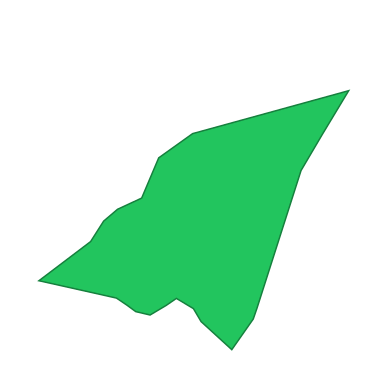 the district of Major Sales, Rio Grande do Norte, Brazil, rotated 196°
{"feature_id": "56859067B32083777691095", "entity_name": "Major Sales", "entity_type": "district", "adm_level": 2, "iso_a3": "BRA", "parent_name": "Brazil", "parent_adm1": "Rio Grande do Norte", "projection": "robinson", "projection_center": [-38.314, -6.411], "detail": "fine", "context": "isolated", "style": "filled", "palette": "green", "viewbox_px": 384, "rotation_deg": 196, "n_neighbors": 0, "source": "geoboundaries", "source_scale": "gbopen_adm2", "svg_char_len": 417}
<svg xmlns="http://www.w3.org/2000/svg" viewBox="0 0 384 384"><g transform="rotate(196 192 192)"><path d="M110.3,51.4L98.1,86.8L97.5,98.3L93.1,242.7L82.6,283.3L69.3,332.6L207.5,248.3L233.4,215.7L238.7,172.3L258.8,154.9L268.9,139.7L275.8,116.4L314.7,64.5L235.4,69.2L223.4,65.3L213.1,61.5L198.4,62.2L185.6,75.8L177.7,85.4L158.5,80.3L147.5,69.9L110.3,51.4Z" fill="#22c55e" stroke="#15803d" stroke-width="1.5"/></g></svg>